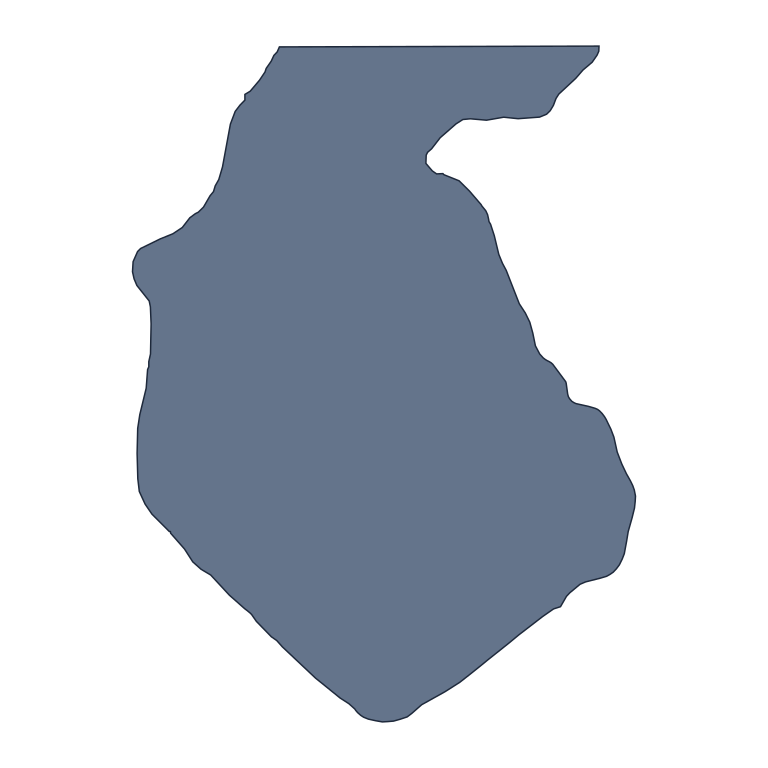 San Mateo Ixtatán, Huehuetenango, Guatemala
{"feature_id": "79465075B68216544960730", "entity_name": "San Mateo Ixtatán", "entity_type": "district", "adm_level": 2, "iso_a3": "GTM", "parent_name": "Guatemala", "parent_adm1": "Huehuetenango", "projection": "robinson", "projection_center": [-91.419, 15.932], "detail": "fine", "context": "isolated", "style": "filled", "palette": "slate", "viewbox_px": 768, "rotation_deg": 0, "n_neighbors": 0, "source": "geoboundaries", "source_scale": "gbopen_adm2", "svg_char_len": 2358}
<svg xmlns="http://www.w3.org/2000/svg" viewBox="0 0 768 768"><path d="M599.0,46.1L279.4,46.9L277.2,51.9L273.9,55.4L271.2,61.2L266.2,68.4L265.0,72.0L259.5,80.2L250.2,91.2L244.9,94.4L244.9,100.1L240.0,105.1L235.2,111.4L230.4,124.1L222.5,166.9L218.8,179.5L215.2,185.9L213.5,191.6L210.1,195.7L203.5,207.1L198.3,212.2L195.3,213.7L189.9,217.7L182.3,227.5L172.8,233.8L160.4,238.8L140.6,248.5L137.6,251.5L133.1,261.7L132.5,271.8L134.1,278.9L136.9,285.5L149.2,301.0L150.4,306.9L151.1,323.9L150.5,354.0L148.8,361.6L148.8,366.8L147.6,369.5L146.2,388.2L139.8,414.6L137.7,428.4L137.1,453.3L137.8,478.7L139.3,491.5L145.1,504.1L152.0,514.2L169.3,531.5L170.4,531.6L170.7,533.3L184.5,549.0L192.8,561.9L201.1,569.3L210.7,575.0L229.4,595.2L244.8,608.8L247.2,610.6L250.2,613.1L251.6,614.5L256.4,621.4L271.4,636.8L276.7,640.5L282.4,646.9L315.6,678.2L324.2,685.1L325.4,686.1L340.2,698.1L348.9,703.7L354.8,709.0L355.8,710.5L357.6,712.6L360.8,715.4L363.6,717.2L368.3,719.1L375.5,720.7L382.3,721.9L387.7,721.6L393.6,721.1L400.3,719.2L407.2,716.9L411.8,713.4L421.7,704.7L445.2,691.6L459.8,682.3L472.0,672.7L480.6,665.8L487.3,660.3L509.4,642.7L518.8,634.9L542.7,616.5L553.6,608.9L560.5,606.7L566.5,596.3L569.8,592.8L580.0,584.3L585.6,581.9L600.2,578.2L606.6,576.3L610.0,574.4L613.2,572.2L616.4,568.8L619.4,564.8L622.2,559.1L624.3,553.7L626.6,541.3L628.2,531.6L632.2,517.4L634.5,508.0L635.2,501.4L635.5,496.1L634.3,490.0L632.7,485.5L630.4,480.8L626.4,473.7L621.8,464.0L617.2,452.0L613.9,437.1L610.9,429.2L608.1,423.5L606.2,419.5L604.4,416.5L602.2,413.6L599.6,410.9L597.6,409.4L595.1,408.3L588.6,406.4L576.0,403.6L574.2,402.8L571.8,401.3L569.5,398.6L568.4,396.7L567.7,394.2L566.2,383.4L565.8,381.9L564.9,380.6L552.8,364.3L551.0,362.7L548.8,361.4L547.3,360.7L545.3,359.5L543.2,357.9L539.7,354.0L535.4,345.8L532.8,333.1L529.8,322.2L525.3,313.0L519.3,303.8L506.2,270.3L502.5,263.4L498.8,254.4L494.3,235.7L490.6,224.3L489.0,221.6L488.6,219.2L487.6,214.7L485.8,210.8L481.9,206.0L481.1,204.6L469.5,191.1L459.1,180.8L443.9,174.7L442.9,173.6L436.6,173.9L432.3,170.9L425.9,163.4L426.2,155.1L427.6,152.3L431.6,148.8L440.2,137.7L456.0,123.9L462.9,119.5L470.3,118.8L486.5,120.2L503.7,117.2L518.1,118.7L539.6,117.1L546.6,114.2L550.2,110.7L553.4,105.4L556.0,98.5L558.8,94.1L575.7,78.4L583.0,70.0L592.2,62.2L597.1,55.1L598.8,51.2L599.0,46.1Z" fill="#64748b" stroke="#1e293b" stroke-width="1.5"/></svg>